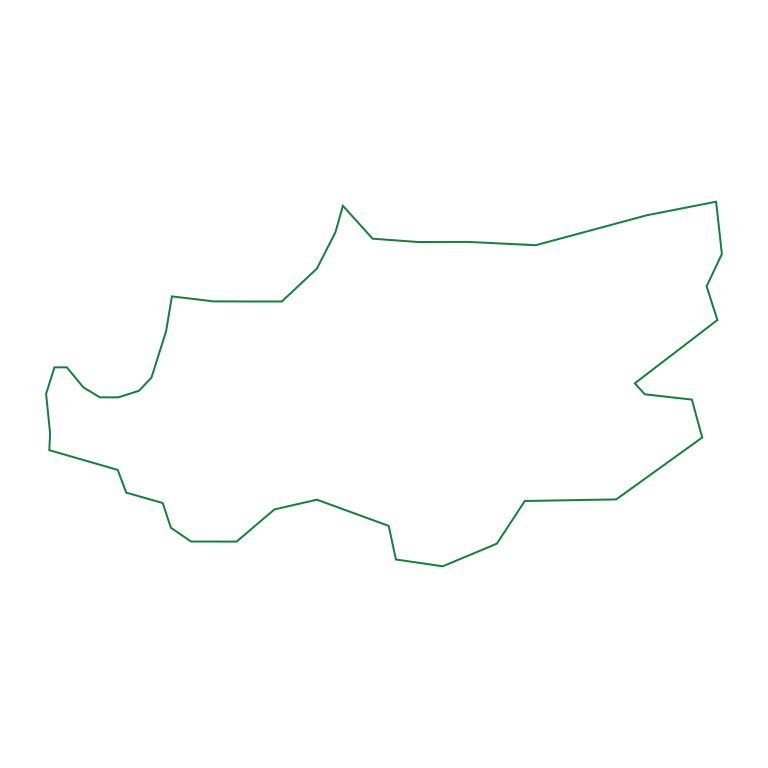 SVG path tracing the border of Bath and North East Somerset
{"feature_id": "GBR-2043", "entity_name": "Bath and North East Somerset", "entity_type": "Unitary Authority", "adm_level": 1, "iso_a3": "GBR", "parent_name": "United Kingdom", "parent_adm1": "", "projection": "albers", "projection_center": [-2.517, 51.347], "detail": "fine", "context": "isolated", "style": "outline", "palette": "green", "viewbox_px": 768, "rotation_deg": 0, "n_neighbors": 0, "source": "natural_earth", "source_scale": "10m", "svg_char_len": 660}
<svg xmlns="http://www.w3.org/2000/svg" viewBox="0 0 768 768"><path d="M702.2,437.5L616.2,499.4L524.8,501.0L496.9,543.6L442.7,566.3L395.9,559.5L388.7,525.9L316.9,499.7L274.4,509.4L236.6,541.6L191.0,541.5L170.9,527.8L162.7,503.0L126.3,492.7L117.7,469.9L49.3,450.2L50.1,433.5L46.1,393.8L54.5,367.3L66.8,367.3L83.3,387.3L99.8,397.3L118.4,397.3L139.1,390.7L151.5,377.5L166.1,331.2L171.9,296.4L213.6,301.4L281.8,301.5L316.9,268.6L335.5,232.1L342.9,205.8L372.6,238.7L418.1,242.0L467.6,241.9L535.7,245.2L647.0,215.2L716.1,201.7L721.9,254.0L706.6,286.3L717.4,320.0L634.8,383.3L644.8,394.3L691.9,399.6L702.2,437.5Z" fill="none" stroke="#15803d" stroke-width="2"/></svg>